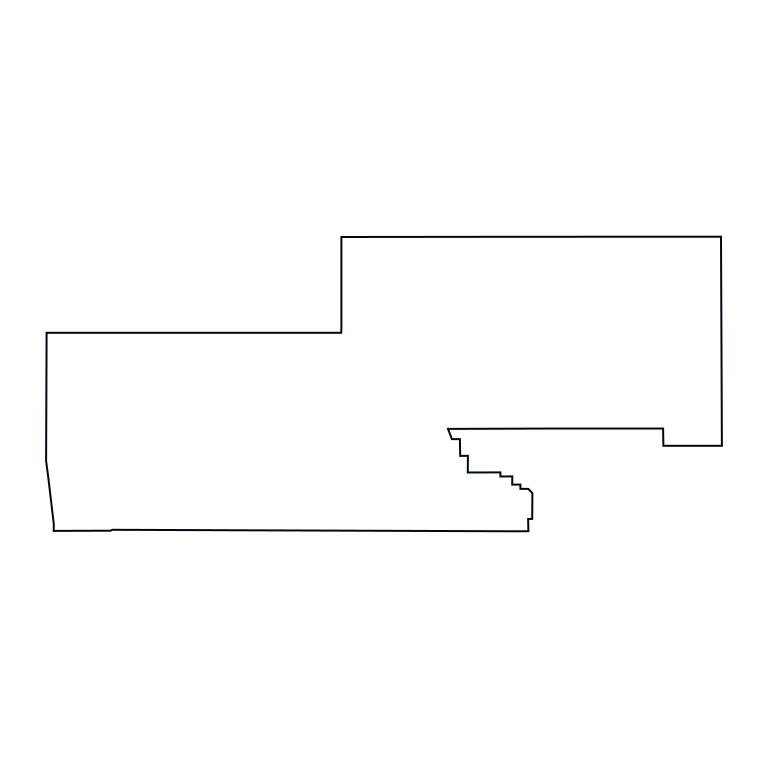 Montrose, Colorado, United States of America (Equal Earth projection)
{"feature_id": "52423323B36547331461438", "entity_name": "Montrose", "entity_type": "district", "adm_level": 2, "iso_a3": "USA", "parent_name": "United States of America", "parent_adm1": "Colorado", "projection": "equal_earth", "projection_center": [-108.218, 38.41], "detail": "fine", "context": "isolated", "style": "outline", "palette": "ink", "viewbox_px": 768, "rotation_deg": 0, "n_neighbors": 0, "source": "geoboundaries", "source_scale": "gbopen_adm2", "svg_char_len": 541}
<svg xmlns="http://www.w3.org/2000/svg" viewBox="0 0 768 768"><path d="M53.7,530.9L110.5,530.7L112.3,529.8L520.3,531.3L528.4,531.2L528.1,519.0L532.2,518.9L532.4,493.2L528.3,488.9L520.4,488.9L520.4,484.6L512.2,484.6L512.3,476.4L500.4,476.5L500.4,472.4L467.8,472.5L467.9,455.8L460.2,455.9L459.9,439.1L451.9,439.1L448.0,428.9L563.1,428.5L663.1,428.5L663.4,445.8L721.9,445.8L721.0,236.7L505.6,236.8L341.4,237.0L341.4,328.1L341.2,332.8L46.6,332.8L46.1,460.9L48.4,478.4L53.8,524.2L53.7,530.9Z" fill="none" stroke="#020617" stroke-width="2"/></svg>